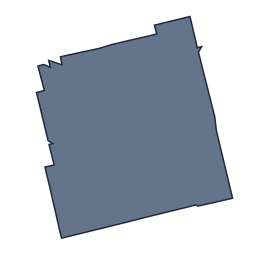 Bartow, Georgia, United States of America (Natural Earth projection), rotated 346°
{"feature_id": "52423323B11929731869619", "entity_name": "Bartow", "entity_type": "district", "adm_level": 2, "iso_a3": "USA", "parent_name": "United States of America", "parent_adm1": "Georgia", "projection": "natural_earth1", "projection_center": [-84.879, 34.246], "detail": "fine", "context": "isolated", "style": "filled", "palette": "slate", "viewbox_px": 256, "rotation_deg": 346, "n_neighbors": 0, "source": "geoboundaries", "source_scale": "gbopen_adm2", "svg_char_len": 566}
<svg xmlns="http://www.w3.org/2000/svg" viewBox="0 0 256 256"><g transform="rotate(346 128 128)"><path d="M36.9,211.2L36.9,218.8L93.2,219.0L104.9,219.0L122.0,218.9L175.6,219.1L176.9,220.7L193.0,221.1L212.5,221.4L213.1,151.9L214.9,138.1L214.7,71.5L219.1,66.9L214.7,66.9L215.1,34.8L178.6,34.6L178.5,43.8L149.2,43.3L131.9,43.1L120.3,43.8L79.7,42.5L79.2,50.7L67.4,43.2L67.3,50.4L61.6,46.0L55.6,46.1L55.9,71.4L47.8,71.4L47.7,88.2L47.4,120.9L51.1,124.9L47.4,124.9L47.4,146.0L38.0,145.8L37.7,171.6L36.9,211.2Z" fill="#64748b" stroke="#1e293b" stroke-width="1.5"/></g></svg>